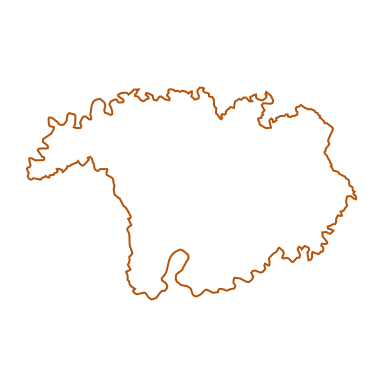 outline of Pinhão, Paraná, Brazil, rotated 357°
{"feature_id": "56859067B8399558053626", "entity_name": "Pinhão", "entity_type": "district", "adm_level": 2, "iso_a3": "BRA", "parent_name": "Brazil", "parent_adm1": "Paraná", "projection": "mercator", "projection_center": [-51.658, -25.801], "detail": "fine", "context": "isolated", "style": "outline", "palette": "amber", "viewbox_px": 384, "rotation_deg": 357, "n_neighbors": 0, "source": "geoboundaries", "source_scale": "gbopen_adm2", "svg_char_len": 5984}
<svg xmlns="http://www.w3.org/2000/svg" viewBox="0 0 384 384"><g transform="rotate(357 192 192)"><path d="M212.8,293.4L213.0,291.8L213.8,290.5L215.2,290.2L218.8,291.0L220.8,292.3L222.7,292.1L224.3,291.2L228.8,290.6L229.9,289.5L230.3,287.7L228.7,285.0L229.0,281.7L229.9,279.9L235.4,280.8L241.4,284.3L243.7,285.0L246.3,283.5L247.7,282.1L248.7,279.7L246.9,275.7L248.5,274.1L250.8,273.7L256.4,276.1L258.5,275.4L261.1,272.8L260.4,269.0L261.0,267.4L262.5,268.0L264.0,269.4L265.5,269.2L265.8,265.2L265.2,263.5L265.8,261.6L270.4,257.5L272.3,256.7L274.0,255.2L274.8,253.3L276.3,252.2L280.0,255.9L280.5,258.0L278.6,262.4L280.1,263.3L282.1,262.7L284.0,263.0L285.3,263.6L287.8,266.8L289.3,267.1L293.5,263.1L295.5,263.3L296.7,261.2L295.5,257.1L294.7,255.9L294.7,254.0L296.0,252.4L297.6,253.2L298.6,255.0L301.5,251.9L302.8,252.2L305.6,253.9L306.0,255.7L304.1,258.6L304.8,266.3L307.4,265.6L308.5,263.7L308.7,259.7L309.2,258.3L315.0,260.6L316.5,259.7L317.3,258.3L319.1,258.4L320.0,257.1L320.2,255.2L319.8,253.6L318.3,252.2L318.9,250.4L322.9,250.9L324.4,250.4L324.2,248.9L320.2,243.1L319.9,239.2L324.2,239.0L326.0,240.4L328.0,240.9L331.2,238.1L329.8,237.0L325.9,235.7L325.7,233.6L328.1,233.0L330.9,231.6L333.1,231.6L334.3,229.9L334.4,226.8L336.4,223.0L339.1,223.7L340.6,223.4L339.4,219.4L342.5,218.5L344.6,215.4L346.2,214.0L345.4,209.2L346.5,204.8L348.1,204.3L350.4,204.5L353.9,207.4L355.3,207.9L355.7,206.3L355.0,203.9L353.5,203.2L353.0,201.7L354.4,200.3L352.7,199.1L352.5,195.6L349.6,193.8L349.3,188.9L348.4,187.6L346.5,186.5L345.8,184.8L339.8,181.4L339.2,179.6L334.2,177.9L333.0,175.0L331.9,173.7L332.9,172.9L332.6,171.4L331.6,170.4L331.4,168.5L329.8,165.8L328.6,162.8L327.0,161.0L326.3,159.1L327.5,157.9L328.2,155.2L329.8,153.8L331.7,151.1L330.6,148.8L331.0,146.5L336.0,137.0L335.7,135.1L330.3,130.4L328.0,130.2L327.6,128.5L324.6,125.1L323.3,124.4L323.9,122.8L322.2,121.6L321.3,119.6L319.6,119.0L318.5,117.1L314.8,115.3L313.3,115.7L309.0,113.8L305.3,110.7L303.1,112.4L300.8,112.8L300.0,114.0L300.4,116.6L301.5,117.6L301.2,120.2L298.3,121.4L296.7,121.3L294.1,122.3L291.8,121.6L291.6,119.6L290.0,119.5L288.3,120.9L284.8,120.7L279.9,122.6L280.1,124.9L278.1,126.2L276.4,126.4L276.4,123.9L275.0,122.8L273.6,123.9L273.0,125.4L274.3,131.9L269.2,132.1L265.5,129.8L263.2,128.3L262.8,125.8L261.9,123.9L261.9,122.1L265.1,121.5L265.4,119.7L267.1,118.5L266.3,116.7L268.7,114.2L266.1,108.9L268.0,107.1L275.4,108.0L277.3,107.0L277.8,104.8L275.7,99.8L271.4,96.0L270.4,98.4L271.6,99.8L270.6,102.0L267.2,104.3L262.4,102.7L261.0,101.2L261.1,98.0L259.2,98.3L255.1,100.3L255.4,102.9L256.7,104.5L254.0,104.4L250.9,100.6L248.7,100.4L246.0,102.5L244.0,101.5L239.6,104.0L238.3,110.2L234.5,109.2L233.4,110.8L232.0,111.3L229.9,113.8L229.9,115.5L228.5,116.6L226.1,115.8L225.1,117.4L226.0,119.5L225.2,120.9L223.7,119.9L221.9,116.6L220.1,114.5L220.6,109.2L219.4,108.6L218.4,106.3L218.8,101.6L218.2,99.9L217.2,98.1L215.0,97.9L213.9,97.2L214.2,95.2L213.1,94.0L209.6,93.1L208.2,91.3L209.4,89.2L207.6,88.4L205.1,88.2L203.2,90.3L202.5,92.4L203.9,96.3L203.4,98.9L199.4,99.9L198.4,98.2L196.4,96.8L197.0,94.3L197.0,91.4L195.5,91.9L193.7,93.5L191.9,91.9L188.7,90.6L187.2,90.4L185.2,91.3L182.5,90.1L180.4,90.5L179.2,89.2L176.7,88.3L174.1,88.5L173.6,90.0L174.0,91.7L172.8,92.8L172.2,94.4L174.6,97.3L174.1,99.2L169.7,98.0L166.2,95.0L164.4,95.1L161.7,98.7L159.0,98.2L158.2,96.7L157.7,93.5L154.0,91.4L151.6,90.7L150.8,92.4L153.5,94.8L153.5,96.5L151.6,96.7L148.6,98.8L146.1,98.0L142.9,93.8L140.3,93.2L140.2,91.7L141.8,90.4L142.5,88.5L144.1,86.8L139.3,86.7L136.7,89.2L133.6,91.4L132.8,90.0L131.0,89.3L126.6,89.5L123.2,91.1L123.5,92.6L127.9,95.9L128.6,97.3L127.6,98.8L124.1,98.9L122.6,98.1L121.7,95.7L119.3,95.7L115.7,97.4L114.9,98.5L114.1,100.2L115.6,103.4L116.6,107.8L116.3,110.2L114.9,110.8L109.1,108.0L108.6,105.7L109.9,101.9L109.8,99.8L109.1,98.0L105.2,94.2L102.5,94.5L99.8,95.3L98.0,97.0L96.4,100.2L94.5,109.6L95.2,111.9L95.1,114.1L93.3,114.2L89.8,111.0L87.9,111.0L86.4,112.1L83.8,117.0L85.0,120.3L84.0,122.3L79.3,122.0L77.3,121.1L78.8,118.2L79.5,110.3L79.1,108.7L73.5,106.8L71.9,108.2L71.0,111.1L70.8,113.4L70.0,115.1L67.3,118.1L64.7,118.2L62.8,117.4L61.4,115.2L56.0,110.5L53.3,110.1L52.6,111.2L52.6,116.7L53.3,118.7L57.5,120.0L57.4,121.5L54.6,126.3L46.2,131.3L45.7,134.1L50.4,138.1L50.4,140.5L48.3,141.0L44.2,140.6L41.0,140.9L40.2,142.4L44.1,148.8L45.9,149.5L46.4,151.2L45.3,152.4L37.3,152.2L33.5,149.9L31.4,149.7L31.2,151.6L32.2,157.1L31.0,158.8L29.4,158.9L28.3,160.2L29.9,164.9L28.8,167.7L29.7,170.0L31.2,171.1L32.6,171.2L34.0,170.1L35.7,170.2L41.6,171.8L43.2,169.8L45.2,169.6L46.7,168.3L48.5,169.8L50.2,170.0L50.7,168.0L54.8,167.6L55.6,166.0L57.5,165.6L59.0,164.3L58.1,162.1L59.5,161.7L63.1,163.0L64.0,165.4L68.1,161.9L68.8,159.7L71.0,159.8L73.1,158.3L78.6,156.6L79.8,155.1L82.2,158.8L83.6,159.8L85.0,159.8L90.7,154.4L89.6,152.5L92.1,151.6L93.8,153.5L94.5,157.0L95.4,158.7L96.0,164.0L97.4,165.3L99.4,166.1L101.6,164.3L108.4,164.7L108.6,166.1L107.7,167.7L107.6,170.3L112.8,173.5L113.9,175.3L114.2,179.7L115.0,181.3L113.9,185.5L114.5,190.3L117.9,193.8L119.3,194.5L122.9,202.3L124.9,204.1L126.4,206.4L129.6,213.2L128.9,215.0L126.9,215.4L129.7,221.8L126.3,224.1L125.5,225.4L125.5,226.9L126.7,229.1L127.2,232.4L127.0,242.0L129.3,250.0L127.6,252.2L126.0,253.2L126.1,256.8L125.1,259.9L124.1,261.2L126.5,265.9L125.5,267.1L123.7,267.4L121.9,268.5L122.9,270.1L123.4,273.7L123.0,276.3L124.3,277.6L125.0,281.0L126.8,283.5L130.1,285.9L127.9,287.5L129.3,290.0L131.7,291.3L138.7,290.0L140.4,290.6L143.1,295.0L145.9,297.3L150.6,296.0L155.8,289.9L157.3,289.1L159.1,289.4L160.3,288.6L161.8,287.0L162.4,284.4L161.9,283.0L160.6,281.2L157.4,278.7L157.1,276.9L161.0,272.5L162.3,270.1L165.8,258.5L167.3,255.5L170.1,252.4L172.5,250.7L177.1,248.9L180.1,250.1L184.9,254.7L185.1,257.9L179.2,267.0L178.2,269.2L172.9,272.8L171.6,274.3L171.2,278.1L172.1,280.6L176.3,284.4L182.5,285.9L185.7,288.4L187.1,293.7L188.1,295.3L189.6,296.2L191.5,296.5L195.6,294.5L199.6,290.9L201.5,290.2L207.6,293.7L212.8,293.4Z" fill="none" stroke="#b45309" stroke-width="2"/></g></svg>